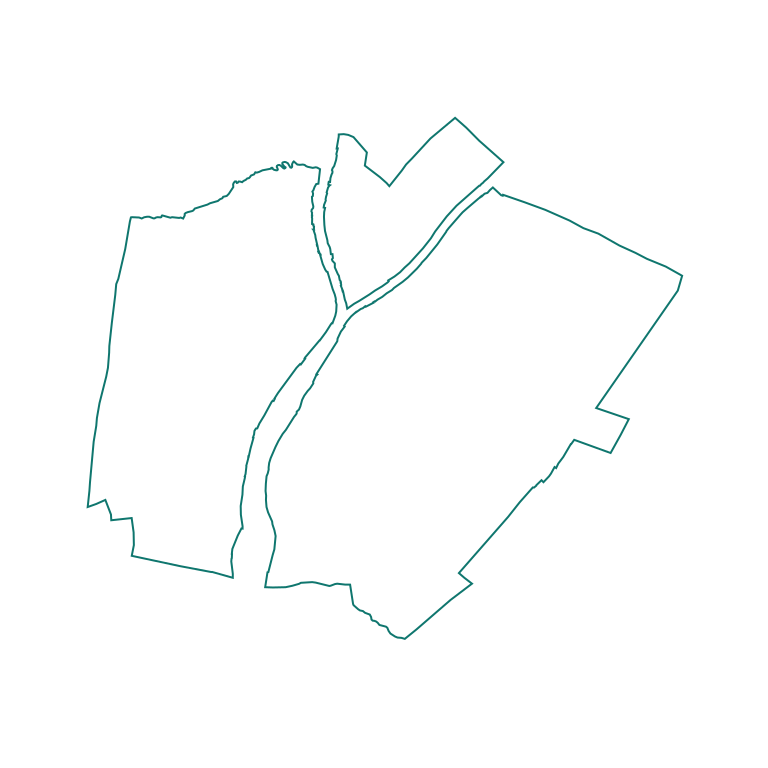 outline of Kota Pontianak, Kalimantan Barat, Indonesia, rotated 263°
{"feature_id": "22746128B68403360613456", "entity_name": "Kota Pontianak", "entity_type": "district", "adm_level": 2, "iso_a3": "IDN", "parent_name": "Indonesia", "parent_adm1": "Kalimantan Barat", "projection": "albers", "projection_center": [109.343, -0.03], "detail": "fine", "context": "isolated", "style": "outline", "palette": "teal", "viewbox_px": 768, "rotation_deg": 263, "n_neighbors": 0, "source": "geoboundaries", "source_scale": "gbopen_adm2", "svg_char_len": 6157}
<svg xmlns="http://www.w3.org/2000/svg" viewBox="0 0 768 768"><g transform="rotate(263 384 384)"><path d="M557.3,525.2L556.4,524.8L557.1,523.3L565.8,516.0L563.6,512.8L561.1,510.0L560.6,507.0L558.6,504.3L558.9,504.1L558.2,502.8L557.9,503.0L556.8,500.8L548.6,488.4L544.9,483.0L543.1,480.9L530.9,467.3L528.4,464.8L527.4,464.2L516.0,453.9L503.9,441.3L499.7,436.1L498.9,435.6L494.4,430.6L486.8,420.7L483.1,414.9L478.1,405.6L476.3,403.4L473.7,397.7L470.7,392.9L468.5,387.8L466.9,385.2L467.2,384.8L466.4,383.2L465.9,383.4L462.9,375.3L463.5,374.9L461.8,372.2L461.3,370.1L458.3,364.5L458.5,364.5L455.1,359.6L450.8,355.0L446.6,351.4L445.8,352.0L441.3,347.6L434.8,343.5L432.1,342.8L402.0,318.1L401.5,318.9L400.5,317.5L394.7,313.9L393.2,313.9L388.7,310.1L386.4,307.4L382.1,303.4L378.2,300.8L371.9,298.2L369.0,296.5L367.2,294.0L365.7,293.8L364.8,293.3L362.3,290.7L350.4,281.0L346.9,277.4L340.2,272.2L334.7,268.6L324.1,262.4L319.6,260.4L315.2,259.3L313.1,259.1L309.4,257.7L306.8,256.2L299.5,254.6L292.2,253.4L287.5,253.4L283.3,252.7L276.2,252.4L270.7,253.3L261.2,256.2L258.2,256.2L252.2,257.4L246.3,257.9L233.2,255.0L227.9,252.7L211.4,246.3L211.3,245.4L196.8,241.3L195.6,248.8L194.3,261.6L194.9,268.4L196.0,275.3L196.8,277.3L196.1,288.6L195.2,292.0L190.2,305.1L190.3,306.5L191.4,311.0L191.5,313.2L189.7,320.7L189.0,325.9L169.4,326.5L168.1,326.9L163.7,330.8L162.2,332.5L161.2,335.4L159.2,337.3L156.9,341.8L154.3,342.8L151.7,342.9L150.5,343.9L150.1,345.6L149.2,347.3L147.7,348.7L145.4,350.1L142.9,356.4L141.6,357.6L138.3,358.5L135.5,360.0L132.0,364.2L130.7,366.5L129.9,370.4L128.5,373.6L136.5,386.4L161.6,423.8L175.1,447.0L181.8,440.2L187.2,435.3L236.9,490.9L250.1,504.3L263.2,519.1L262.9,520.2L264.5,522.7L265.0,522.9L269.3,528.6L267.1,530.3L272.3,536.6L274.7,538.8L280.8,543.2L279.6,544.6L283.8,547.3L289.7,553.0L301.6,562.1L301.5,562.4L305.4,566.0L287.9,600.5L304.8,612.8L319.3,622.7L334.3,591.7L440.9,687.0L455.1,693.1L466.2,678.0L476.2,660.2L483.5,649.6L492.7,634.6L507.1,615.1L514.4,600.9L523.6,588.1L537.2,565.3L547.2,545.8L557.3,525.2ZM580.2,153.1L576.3,151.6L549.5,143.6L520.7,133.1L515.8,130.4L505.1,128.1L477.8,121.3L455.1,116.0L448.5,115.0L433.8,112.0L425.2,109.2L399.7,99.3L385.2,94.9L377.5,93.3L362.1,88.8L322.2,80.2L313.9,78.6L298.0,74.9L300.0,83.8L302.9,93.3L287.7,97.1L282.0,96.7L281.7,117.2L267.3,117.4L254.6,116.1L244.2,112.7L228.1,159.3L218.4,189.7L218.4,190.5L210.1,210.3L214.0,210.8L226.5,210.8L229.3,211.4L229.6,211.7L233.7,212.4L233.8,212.2L238.8,213.4L251.4,220.4L258.0,224.9L257.7,226.0L260.1,226.3L271.6,226.0L280.4,226.9L291.4,230.0L299.5,231.4L307.6,234.4L309.0,234.8L309.2,234.5L311.5,235.6L319.0,237.4L319.5,237.3L326.2,240.0L328.4,240.5L328.2,240.8L336.4,243.7L346.5,247.9L346.8,247.4L349.8,248.9L353.2,249.7L355.4,251.4L355.4,252.8L360.0,255.5L367.3,261.3L379.8,270.2L381.1,271.6L380.6,272.4L382.6,273.8L382.9,273.5L387.9,277.6L410.8,299.2L414.1,303.2L413.5,303.8L418.7,308.8L419.1,308.3L419.9,308.9L435.2,325.4L435.1,325.6L442.6,332.7L449.8,338.6L450.9,339.8L450.6,340.3L457.8,344.0L461.8,345.4L468.5,346.6L472.3,346.1L473.3,346.5L475.3,346.5L479.0,346.0L484.5,344.6L502.2,341.6L502.5,340.7L504.7,339.6L510.6,337.8L519.5,336.4L519.8,336.9L520.6,336.7L520.8,336.2L522.1,335.9L522.1,335.2L523.6,334.8L523.9,335.5L524.9,335.1L529.3,334.8L529.3,334.4L530.0,334.3L530.0,334.7L537.5,333.9L540.2,333.9L545.0,332.9L545.3,333.3L546.0,332.7L546.0,333.3L548.6,333.7L548.7,333.4L550.8,333.4L550.9,332.8L551.6,332.7L551.7,332.1L557.3,332.9L558.0,332.7L559.5,333.2L559.8,332.9L560.5,333.3L561.4,333.1L562.6,333.5L564.2,333.0L565.8,333.5L567.3,335.1L568.9,335.5L573.6,335.0L577.4,335.2L578.6,335.3L579.3,336.3L581.8,336.8L583.8,336.4L584.9,337.5L588.0,339.1L590.7,341.1L590.8,343.3L605.0,346.7L606.9,344.1L607.4,342.7L607.2,339.6L608.9,334.7L609.7,333.3L611.1,331.9L611.7,330.2L611.8,327.1L612.4,324.7L615.9,321.6L615.5,321.0L614.3,320.1L613.2,319.5L611.3,319.4L610.4,319.0L610.0,318.4L610.3,317.5L614.9,315.4L616.2,313.5L616.5,312.4L616.3,310.7L615.9,310.1L614.7,309.9L612.1,311.5L611.0,312.7L610.4,312.4L610.0,311.3L610.4,310.5L613.2,308.2L614.1,306.9L614.2,305.6L613.5,304.3L612.5,304.0L610.9,304.6L609.7,304.7L609.2,304.1L609.2,303.1L610.0,301.0L611.1,299.8L611.9,299.7L612.3,299.2L612.2,298.4L611.5,298.0L610.9,289.4L609.7,285.8L609.3,283.5L609.8,282.1L607.9,280.6L607.1,277.4L605.5,276.0L604.8,275.0L604.7,273.3L603.5,271.7L602.6,269.2L601.6,267.8L602.4,266.0L602.7,264.5L601.6,263.3L601.5,262.4L603.1,261.8L603.2,260.7L602.0,259.4L600.6,258.6L597.8,258.4L591.6,253.1L589.8,250.8L589.4,247.2L588.1,246.2L587.3,243.6L585.9,241.4L584.6,233.3L583.6,230.7L581.2,217.6L579.5,215.9L579.0,214.5L578.5,210.2L577.9,207.9L577.1,206.9L575.5,206.7L572.7,204.8L574.0,202.5L573.8,200.9L575.4,194.0L575.1,192.2L578.3,184.6L578.2,184.0L576.8,183.3L576.6,182.6L577.2,179.5L577.0,177.9L576.4,176.5L576.5,175.3L578.6,171.4L578.9,169.2L578.7,166.2L577.8,163.7L579.1,161.2L580.3,154.1L580.2,153.1ZM637.2,369.5L635.0,369.2L623.5,365.7L623.4,366.8L618.0,364.7L616.6,365.0L612.1,363.7L606.4,361.1L604.4,359.3L602.6,358.4L601.5,358.8L599.8,358.5L598.4,357.5L594.8,355.9L591.1,355.1L591.5,353.9L591.3,353.7L588.6,353.0L587.9,354.6L587.4,353.8L585.8,352.4L581.1,350.4L580.2,350.8L576.9,349.3L574.3,348.5L573.2,348.6L569.2,346.4L566.5,345.6L566.0,347.0L562.0,345.6L557.3,344.8L549.2,344.2L543.1,344.1L533.7,345.3L530.6,345.3L526.5,346.8L524.5,347.1L519.4,347.1L519.2,348.7L515.2,348.6L514.1,347.5L512.6,347.8L509.7,349.9L505.8,349.4L498.9,351.5L496.9,352.4L492.6,352.7L491.5,353.4L489.9,353.3L489.9,353.6L489.3,353.5L487.4,353.6L487.0,353.1L482.0,354.4L482.0,354.1L480.7,354.3L480.7,354.7L472.6,355.4L468.8,356.3L463.2,356.7L467.3,364.2L469.4,369.3L474.7,380.6L477.9,386.6L481.1,393.9L484.4,400.0L485.4,401.2L486.3,400.8L489.4,407.5L493.0,413.6L497.1,418.7L500.7,423.9L513.8,439.1L522.9,448.3L529.2,453.4L542.7,466.7L552.1,477.7L567.6,500.3L569.2,502.7L569.1,503.3L570.6,505.0L571.8,507.0L572.8,508.0L575.4,511.9L589.6,529.6L613.8,508.2L628.5,496.8L639.5,487.0L622.0,460.0L604.3,439.1L599.2,432.7L593.7,427.7L579.7,413.4L583.1,411.1L589.9,405.1L603.1,391.6L615.9,395.2L632.8,383.8L635.6,378.9L636.9,374.5L637.2,369.5Z" fill="none" stroke="#0f766e" stroke-width="2"/></g></svg>